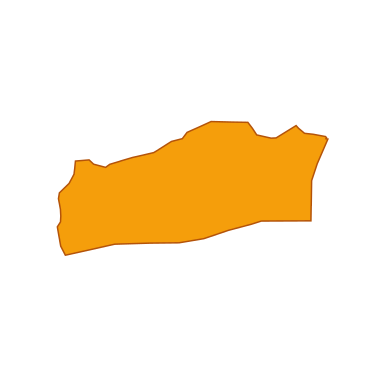 Kerki, Chardzhou, Turkmenistan, rotated 138°
{"feature_id": "10190150B1660542161476", "entity_name": "Kerki", "entity_type": "district", "adm_level": 2, "iso_a3": "TKM", "parent_name": "Turkmenistan", "parent_adm1": "Chardzhou", "projection": "mercator", "projection_center": [64.9, 38.442], "detail": "fine", "context": "isolated", "style": "filled", "palette": "amber", "viewbox_px": 384, "rotation_deg": 138, "n_neighbors": 0, "source": "geoboundaries", "source_scale": "gbopen_adm2", "svg_char_len": 1093}
<svg xmlns="http://www.w3.org/2000/svg" viewBox="0 0 384 384"><g transform="rotate(138 192 192)"><path d="M112.5,102.1L95.5,120.4L79.7,129.4L79.4,129.5L55.6,140.4L56.8,142.0L55.7,142.4L55.7,143.9L63.3,153.8L69.1,160.3L70.2,168.1L70.2,171.7L93.3,175.9L97.2,179.1L105.7,191.1L104.5,198.9L103.9,206.4L115.7,217.4L115.8,217.5L130.7,231.6L142.2,235.2L151.4,238.2L155.8,239.6L156.8,239.4L163.5,238.1L164.8,238.8L173.4,243.3L178.0,244.1L191.1,246.3L194.1,246.9L209.3,255.3L212.8,257.3L224.7,263.0L225.1,263.1L234.6,267.6L239.7,268.1L240.3,269.0L246.5,278.5L247.0,284.7L249.5,286.6L252.8,289.1L257.9,293.0L258.9,292.1L263.6,287.8L266.5,285.3L267.7,284.2L273.4,282.1L274.6,281.7L277.6,280.6L277.8,280.6L291.1,280.1L295.7,276.4L297.3,273.8L298.3,272.1L298.8,271.3L301.4,267.1L304.0,263.9L305.6,261.9L308.0,259.5L309.7,257.8L310.3,257.6L315.4,256.2L319.5,249.7L322.1,245.5L323.2,243.8L325.8,239.6L328.4,229.8L327.4,229.2L284.3,204.9L257.4,182.1L235.6,162.9L214.4,149.4L190.5,139.1L169.2,128.2L159.9,124.0L122.9,91.0L112.6,102.1L112.5,102.1Z" fill="#f59e0b" stroke="#b45309" stroke-width="1.5"/></g></svg>